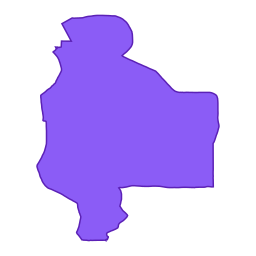 outline of S'ang, Kândal, Cambodia
{"feature_id": "14789045B53905428212695", "entity_name": "S'ang", "entity_type": "district", "adm_level": 2, "iso_a3": "KHM", "parent_name": "Cambodia", "parent_adm1": "Kândal", "projection": "albers", "projection_center": [105.024, 11.319], "detail": "fine", "context": "isolated", "style": "filled", "palette": "violet", "viewbox_px": 256, "rotation_deg": 0, "n_neighbors": 0, "source": "geoboundaries", "source_scale": "gbopen_adm2", "svg_char_len": 4691}
<svg xmlns="http://www.w3.org/2000/svg" viewBox="0 0 256 256"><path d="M43.0,120.5L43.6,120.9L44.6,121.0L45.7,121.2L46.1,121.6L46.2,122.4L46.3,123.6L46.3,126.3L46.5,131.1L46.5,136.3L46.5,137.9L46.5,141.0L46.4,144.0L45.6,147.2L44.7,150.5L44.1,152.2L43.5,153.5L42.5,155.3L41.6,157.5L39.0,162.1L38.1,163.6L37.3,164.8L37.1,165.5L37.0,166.7L37.3,167.8L37.6,168.8L37.9,169.7L38.2,170.6L38.6,171.5L39.2,172.8L39.7,174.8L40.2,176.6L40.8,177.9L41.2,178.6L41.4,179.0L41.7,179.6L42.0,180.7L43.1,182.7L44.1,184.1L45.4,185.8L46.4,186.6L47.4,187.6L48.6,188.3L50.2,188.9L51.4,189.3L53.3,190.2L55.9,191.4L58.1,192.4L60.5,193.5L62.5,194.6L64.3,195.8L66.5,197.1L68.4,198.3L70.0,199.2L71.7,200.0L73.1,200.9L74.7,201.7L76.4,202.7L77.3,203.4L77.6,204.6L77.8,207.3L78.4,209.5L78.8,210.8L79.1,211.7L79.1,212.3L79.6,213.2L80.2,215.0L80.8,216.6L80.7,218.0L80.2,220.2L79.8,222.4L79.3,224.7L78.9,226.7L78.2,228.5L77.4,230.7L76.8,231.8L76.6,232.5L77.1,233.7L78.6,235.3L80.1,237.3L81.3,239.0L81.8,239.8L82.2,239.8L83.4,240.1L84.0,240.1L85.3,240.2L85.9,240.2L86.4,240.2L87.5,240.4L88.4,240.5L89.0,240.6L90.4,240.3L92.2,240.4L94.8,240.3L105.2,240.2L105.9,240.6L105.9,239.6L106.3,239.4L106.8,239.7L107.2,239.7L107.5,239.2L107.6,238.1L108.2,237.8L108.2,236.7L107.2,236.1L106.8,235.1L106.6,234.0L106.8,233.2L107.8,232.4L109.4,231.7L111.1,230.9L112.6,230.4L114.4,229.6L115.6,229.1L116.6,228.5L117.7,227.9L118.2,226.8L118.4,225.9L118.4,225.0L119.0,223.8L119.8,222.9L121.4,221.8L123.0,220.8L124.4,219.6L125.9,218.1L126.8,217.1L127.6,215.6L127.2,214.8L126.1,213.6L125.2,212.7L122.7,210.5L121.2,208.2L120.2,206.6L119.8,206.1L120.6,203.4L120.9,201.6L121.5,199.2L121.5,196.3L121.5,194.0L120.7,190.8L119.7,189.1L118.8,187.9L119.7,187.5L121.3,187.6L122.5,187.6L124.4,187.3L126.4,187.0L128.0,186.6L130.0,186.1L132.0,185.7L134.4,185.7L136.9,185.9L140.2,186.1L142.3,186.3L145.9,186.4L148.0,186.4L150.2,186.3L152.8,186.1L155.1,186.1L157.9,186.2L159.9,186.3L161.9,186.6L164.3,187.0L166.2,187.3L167.8,187.5L169.8,187.6L171.1,187.6L172.4,187.6L174.4,187.5L176.2,187.6L178.5,187.6L181.3,187.4L183.6,187.3L186.2,187.3L188.7,187.4L191.7,187.5L193.6,187.5L194.6,187.6L195.8,187.3L197.1,187.3L199.0,187.2L200.9,187.2L202.1,187.2L203.6,187.2L205.0,187.1L206.4,186.7L207.8,186.5L209.4,186.6L210.8,186.8L212.0,186.9L213.3,186.8L213.2,179.7L213.1,177.9L213.2,176.3L213.1,174.1L213.1,171.8L213.2,169.4L213.1,143.4L214.1,141.8L214.6,140.5L215.4,138.2L216.3,135.3L217.1,133.3L217.8,131.1L218.4,128.7L218.8,127.4L219.0,126.1L218.8,124.4L218.4,122.8L218.1,121.2L217.8,119.0L217.7,117.5L217.9,115.4L218.0,113.3L217.9,110.0L217.9,106.7L217.9,103.2L217.8,100.9L217.7,99.9L217.6,98.5L216.9,96.3L216.3,95.3L214.8,94.2L213.2,93.4L211.9,92.9L210.8,92.6L209.5,92.4L207.9,92.4L206.3,92.4L202.6,92.4L199.6,92.4L196.9,92.5L194.7,92.5L191.5,92.4L189.3,92.4L186.8,92.3L185.3,92.4L183.8,92.5L182.3,92.3L181.6,92.4L180.7,92.3L179.6,92.4L177.7,92.1L175.3,91.3L173.8,90.3L171.6,88.4L169.7,86.2L167.3,83.8L165.5,81.7L163.5,79.6L161.7,77.8L160.7,76.5L160.0,75.8L158.3,73.8L156.8,72.3L155.6,71.1L152.1,69.6L149.6,68.6L146.1,66.9L143.6,65.9L140.8,64.6L138.1,63.5L135.8,62.4L133.9,61.5L132.0,60.6L130.6,60.1L128.2,59.0L126.0,57.9L123.9,56.9L122.6,56.2L122.1,55.7L122.6,55.2L123.2,54.6L124.2,53.7L125.4,52.8L126.9,51.5L127.6,50.7L128.2,50.1L128.7,49.6L129.4,48.8L130.7,47.3L131.6,45.8L132.3,44.0L132.6,42.4L132.6,40.3L132.5,37.6L132.4,35.5L132.3,34.1L132.0,32.7L131.9,31.8L131.4,30.7L130.8,29.6L130.0,28.0L129.1,26.6L128.4,25.1L126.9,22.9L125.8,21.7L124.2,20.4L122.7,19.1L120.6,17.9L119.1,17.3L117.4,16.7L115.6,16.0L114.5,15.9L113.6,15.9L112.1,15.9L110.0,15.7L107.9,15.6L104.8,15.5L102.2,15.4L99.6,15.4L97.2,15.4L94.7,15.6L93.2,15.8L91.5,16.1L90.5,16.2L89.8,16.3L89.0,16.3L87.6,16.5L85.4,17.0L82.6,17.8L78.7,18.0L75.6,18.1L74.3,18.2L73.6,18.2L72.8,18.0L72.1,18.0L61.9,23.7L70.8,40.3L71.3,41.2L61.5,41.1L61.2,46.9L60.8,47.1L60.2,47.3L59.7,47.2L59.3,47.4L58.7,47.5L58.1,47.2L57.5,47.1L57.2,47.5L57.0,48.4L56.6,48.3L56.4,47.8L56.5,47.3L56.2,47.0L55.5,47.0L56.0,47.9L56.1,49.0L55.7,49.8L54.9,50.6L53.9,51.3L53.2,51.7L53.1,52.1L54.2,53.2L55.7,54.9L57.2,56.7L58.1,58.2L58.9,59.8L59.4,61.4L59.8,62.4L60.4,64.4L60.9,66.3L61.3,67.8L61.5,68.9L61.5,70.2L61.3,71.1L60.5,72.7L59.9,73.9L59.3,75.1L58.8,76.0L58.4,76.7L57.8,77.6L57.4,78.6L56.9,79.6L56.2,80.8L55.9,81.7L55.4,82.9L54.8,83.6L54.1,84.0L53.7,84.6L52.8,85.4L52.4,85.8L51.7,86.2L51.0,87.3L50.0,88.2L48.5,89.1L47.1,90.1L46.0,91.2L44.5,92.5L43.1,93.5L42.0,94.3L41.2,94.9L40.8,95.4L40.8,95.9L40.8,97.2L41.0,98.8L41.1,100.2L41.2,102.3L41.5,104.0L41.7,105.8L41.8,107.4L42.0,109.0L42.3,110.6L42.6,112.0L42.8,113.7L43.0,114.8L43.2,116.3L43.3,117.2L43.2,118.7L43.0,119.9L43.0,120.5Z" fill="#8b5cf6" stroke="#5b21b6" stroke-width="1.5"/></svg>